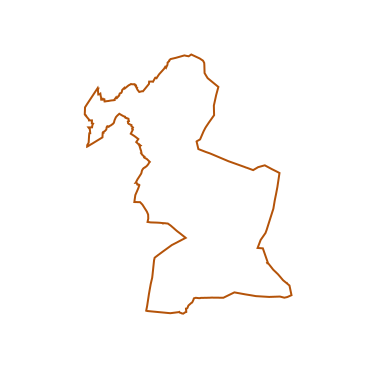 the district of Dinkelland, Overijssel, Netherlands, rotated 112°
{"feature_id": "6326949B33383901322774", "entity_name": "Dinkelland", "entity_type": "district", "adm_level": 2, "iso_a3": "NLD", "parent_name": "Netherlands", "parent_adm1": "Overijssel", "projection": "orthographic", "projection_center": [6.904, 52.371], "detail": "fine", "context": "isolated", "style": "outline", "palette": "amber", "viewbox_px": 384, "rotation_deg": 112, "n_neighbors": 0, "source": "geoboundaries", "source_scale": "gbopen_adm2", "svg_char_len": 5309}
<svg xmlns="http://www.w3.org/2000/svg" viewBox="0 0 384 384"><g transform="rotate(112 192 192)"><path d="M99.7,268.8L99.8,268.9L102.2,269.2L104.4,269.5L104.4,269.8L104.5,270.1L104.7,270.8L105.7,273.1L107.9,272.4L108.0,272.4L117.0,275.2L117.2,275.8L117.3,276.1L119.0,278.4L117.5,281.0L117.1,281.4L116.1,282.5L115.8,282.6L115.7,282.5L115.3,283.6L115.2,283.7L114.9,283.6L114.7,283.5L114.3,283.7L114.3,283.9L114.2,284.9L113.7,284.9L113.6,285.8L114.2,287.0L114.6,288.0L114.7,288.5L114.7,289.0L115.5,289.6L116.1,290.0L116.7,290.6L117.0,290.8L121.2,293.1L120.7,293.7L123.4,294.9L125.6,294.6L126.5,294.7L126.9,295.0L127.7,295.9L128.5,295.9L129.3,295.7L130.1,296.0L130.2,295.8L133.2,296.9L133.1,297.2L132.6,297.8L135.5,298.6L135.8,298.3L136.0,298.6L136.8,300.0L137.0,300.5L138.0,302.2L138.8,303.4L139.1,303.9L139.5,304.7L140.0,305.6L140.2,305.8L140.4,306.2L140.6,306.5L140.8,307.0L140.1,307.4L139.5,307.6L138.9,308.0L139.7,309.2L139.2,309.5L139.4,309.7L139.4,309.8L139.6,310.0L140.2,310.4L140.4,310.7L139.7,311.2L138.3,311.5L138.2,311.8L138.0,312.1L135.2,313.8L135.9,314.2L136.7,315.4L132.6,317.5L131.4,317.6L131.6,317.9L131.6,318.0L131.0,318.4L150.3,322.3L153.6,322.9L156.6,321.8L160.2,320.5L160.6,319.9L160.4,319.8L160.7,319.1L161.0,319.2L163.5,314.5L164.2,314.3L163.1,311.6L165.8,310.6L165.7,309.3L167.0,309.4L167.3,309.4L169.5,308.9L170.9,312.2L171.5,311.2L171.4,310.6L175.6,308.4L176.0,309.2L177.8,308.7L185.0,306.3L187.8,306.7L189.2,306.2L188.9,305.9L185.9,303.7L184.5,302.6L174.9,295.5L170.8,296.9L170.3,296.2L169.6,296.6L169.5,296.4L169.5,296.5L168.9,296.2L168.7,296.0L168.1,295.6L167.0,295.2L166.3,294.9L165.4,295.0L164.0,295.4L163.5,295.3L163.3,295.3L163.0,295.3L162.8,295.2L162.7,295.1L162.6,294.9L162.6,294.7L162.7,294.2L162.9,293.9L162.7,293.6L162.1,293.5L160.5,292.1L159.4,291.5L159.0,291.1L157.2,290.4L156.8,290.4L154.5,290.7L151.3,290.6L151.2,290.6L149.2,289.9L146.7,288.7L147.2,285.5L147.2,285.2L147.2,284.9L147.4,284.1L147.3,282.5L147.3,282.3L147.5,282.2L147.9,282.0L148.1,281.6L148.1,281.4L148.1,280.6L147.9,280.6L147.9,278.4L148.2,278.3L149.8,277.1L149.9,277.3L150.2,277.7L150.4,277.8L150.8,277.9L151.8,277.1L152.2,277.0L152.6,275.9L152.6,275.4L152.6,274.6L152.6,273.2L153.3,272.9L153.7,272.8L153.8,272.7L154.1,271.3L154.2,271.2L154.4,270.8L155.7,271.1L155.9,271.2L156.0,271.1L156.2,270.8L156.4,270.2L160.9,270.6L161.7,266.4L163.0,261.6L166.6,262.4L167.9,259.0L167.8,258.8L167.6,258.7L168.2,257.2L168.3,257.3L168.3,257.1L169.4,257.6L171.6,255.8L172.1,255.5L172.4,255.0L174.8,253.4L175.1,253.7L175.9,252.5L176.2,251.9L176.8,250.4L177.1,249.6L177.1,249.4L177.8,249.5L177.9,249.4L178.0,249.1L178.1,248.2L178.2,247.6L178.2,246.8L178.3,246.5L178.3,246.3L179.9,242.4L180.7,242.7L181.1,242.8L182.7,243.0L183.1,243.1L183.7,243.3L185.1,243.8L186.6,244.7L186.6,244.8L187.1,245.0L187.7,245.6L188.3,245.9L188.8,246.1L190.5,246.4L191.0,246.4L192.3,246.2L192.7,246.1L192.8,246.1L193.9,246.0L194.0,246.0L199.8,247.1L200.7,247.3L204.0,247.6L204.5,247.7L204.1,247.0L204.7,246.2L205.3,245.8L205.6,245.4L205.4,245.2L205.2,245.1L205.2,244.9L205.1,244.0L205.3,243.4L207.0,243.3L208.6,243.2L216.1,243.4L222.9,241.7L220.9,236.4L221.0,236.3L221.2,235.6L222.3,233.2L227.1,226.5L227.6,226.0L229.4,224.2L233.0,222.6L236.4,222.0L235.7,219.0L233.5,213.0L232.6,210.3L231.9,207.9L231.8,207.4L231.7,207.1L231.8,207.0L231.6,206.9L230.9,204.8L230.9,204.6L230.3,202.6L231.1,199.2L233.7,191.7L233.8,191.3L234.0,190.8L234.0,190.7L234.9,187.4L236.9,180.7L248.7,190.8L257.8,196.5L263.0,199.7L266.9,202.0L269.5,201.6L283.5,197.6L286.4,196.8L292.8,195.8L302.3,193.8L314.5,190.9L319.2,190.0L319.1,188.9L312.5,166.7L308.4,159.4L308.0,158.9L308.3,158.7L308.4,157.7L308.3,157.1L308.3,156.5L308.4,156.2L308.1,154.6L305.9,153.1L305.4,152.4L304.6,152.7L304.2,152.9L303.8,153.2L303.5,153.4L302.4,153.9L302.0,153.2L301.8,153.0L301.7,152.9L301.3,152.8L298.7,152.8L298.4,152.7L295.2,151.1L294.7,150.7L294.4,150.5L294.2,150.5L293.7,150.4L291.9,150.3L291.2,150.3L290.1,150.4L289.9,150.4L289.0,149.3L288.7,148.9L288.6,148.6L287.8,145.7L287.6,145.3L287.5,145.1L287.4,144.8L287.1,144.4L286.9,144.2L283.7,136.7L283.3,135.8L283.2,135.6L282.6,134.3L278.3,123.3L269.2,115.1L266.9,104.0L265.7,98.8L264.6,93.7L260.4,81.2L256.0,71.3L255.4,66.8L253.7,64.3L250.4,61.1L242.2,66.6L241.1,70.0L240.9,70.1L241.0,70.3L239.7,74.5L236.6,80.4L236.0,81.6L233.6,87.6L229.6,94.6L229.8,95.1L229.6,95.2L229.8,95.4L229.5,95.9L229.3,95.8L229.3,95.7L229.1,95.7L228.9,95.4L217.7,105.2L219.3,110.2L210.8,110.4L202.5,108.5L199.1,108.6L192.7,109.1L181.1,110.0L177.0,110.3L168.9,112.1L161.9,113.4L155.4,114.7L141.6,118.0L141.3,121.1L140.9,126.3L140.2,132.8L140.0,134.5L141.2,136.1L144.2,140.0L148.8,143.5L149.0,150.2L149.1,151.1L149.1,152.7L149.8,169.8L149.5,188.0L149.5,190.1L149.7,194.2L149.8,202.2L143.4,206.7L143.2,206.6L140.2,204.2L131.4,204.0L127.2,203.6L121.4,202.4L112.5,200.3L103.7,204.1L93.1,205.9L84.7,206.9L80.6,220.1L79.0,222.3L77.0,224.9L69.9,228.0L67.8,229.0L66.9,230.0L66.1,231.0L65.3,234.9L64.8,244.2L67.4,245.9L67.9,248.3L68.2,250.2L73.7,257.3L76.8,261.7L77.6,262.0L78.0,262.1L78.4,262.4L78.6,262.4L78.8,262.4L79.1,262.2L79.3,262.2L79.5,262.4L79.8,262.4L80.2,262.7L81.2,263.1L82.1,262.7L83.2,262.5L83.9,262.4L84.3,262.5L86.6,262.6L86.0,263.7L88.3,264.1L95.2,266.6L98.5,267.3L99.8,267.5L99.8,268.2L99.7,268.8Z" fill="none" stroke="#b45309" stroke-width="2"/></g></svg>